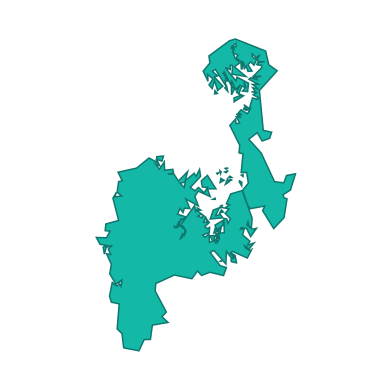 Colón, Colón, Panama, rotated 154°
{"feature_id": "35544464B72276923440034", "entity_name": "Colón", "entity_type": "district", "adm_level": 2, "iso_a3": "PAN", "parent_name": "Panama", "parent_adm1": "Colón", "projection": "mercator", "projection_center": [-79.891, 9.223], "detail": "fine", "context": "isolated", "style": "filled", "palette": "teal", "viewbox_px": 384, "rotation_deg": 154, "n_neighbors": 0, "source": "geoboundaries", "source_scale": "gbopen_adm2", "svg_char_len": 6094}
<svg xmlns="http://www.w3.org/2000/svg" viewBox="0 0 384 384"><g transform="rotate(154 192 192)"><path d="M200.3,103.1L194.2,109.0L199.0,113.5L202.2,129.8L197.9,129.8L193.1,112.4L187.1,123.6L185.5,115.1L182.9,115.1L184.5,120.3L181.6,120.8L171.2,108.4L163.7,114.1L165.5,113.9L168.4,117.8L168.3,120.4L165.7,115.7L158.6,119.0L165.3,119.8L161.5,122.4L165.3,131.3L161.1,136.1L164.9,137.2L163.2,138.4L158.9,135.1L158.9,126.2L149.9,131.1L154.0,132.1L157.2,138.0L154.8,140.6L155.8,136.1L154.2,133.9L149.4,142.2L146.3,171.3L158.0,173.3L166.3,166.3L163.9,164.1L169.6,163.2L166.2,160.6L171.6,158.2L169.1,151.1L173.6,148.1L172.5,152.5L174.9,154.2L180.8,141.3L184.9,142.7L181.8,146.7L185.3,145.8L187.6,138.3L191.3,135.6L190.7,137.5L193.2,136.1L193.6,138.0L188.3,139.2L188.1,141.0L192.3,138.4L193.7,138.8L190.6,142.8L195.1,144.7L194.8,139.0L198.4,139.0L195.2,146.9L200.1,145.5L201.3,148.5L194.1,148.2L191.7,152.5L194.6,152.5L195.6,155.3L189.8,157.0L191.0,162.4L191.7,158.0L194.9,159.8L190.6,163.1L192.6,167.2L194.0,164.1L197.5,167.7L193.0,168.1L195.8,173.0L192.1,171.9L194.3,175.5L194.7,174.4L197.3,173.1L195.5,178.7L215.6,167.8L210.3,171.0L213.6,171.8L215.7,171.2L217.8,170.2L218.2,168.8L217.0,167.2L217.9,169.0L217.6,169.9L216.8,170.6L214.4,171.4L217.7,169.3L214.9,164.6L214.5,159.6L217.9,156.4L218.3,156.3L218.5,156.6L218.8,158.3L220.6,155.5L222.8,155.1L218.9,158.5L217.9,156.5L214.7,161.1L218.4,168.6L218.4,167.8L220.1,166.5L223.2,167.4L222.9,168.9L221.4,167.0L217.4,170.7L213.1,172.1L214.8,172.7L210.1,171.3L208.4,172.3L214.7,178.4L210.0,182.5L209.1,177.5L205.9,180.8L201.1,178.0L200.6,188.5L192.4,176.7L191.4,186.8L186.0,190.0L177.6,179.8L176.8,188.1L169.1,184.3L170.8,200.2L178.8,197.9L180.5,191.9L176.0,189.3L181.4,186.0L184.2,193.3L188.7,191.7L191.6,196.8L177.4,202.3L175.3,209.0L181.5,204.2L181.8,207.9L192.7,205.2L197.0,199.4L199.0,205.2L194.2,203.9L186.9,212.3L199.4,207.8L200.4,216.0L206.0,218.8L200.3,217.0L199.3,220.8L207.1,223.6L203.7,231.2L211.3,226.7L212.4,233.2L209.5,229.7L209.6,237.7L210.6,234.2L215.7,241.4L231.4,237.8L249.8,242.2L249.8,232.6L253.4,233.5L259.4,224.6L256.9,219.3L263.5,221.4L259.9,225.0L265.8,221.1L270.4,198.6L283.5,201.0L287.0,195.3L282.9,192.7L288.9,188.3L297.9,193.1L297.6,185.3L291.9,181.2L296.0,181.4L298.0,174.6L293.5,179.7L286.9,179.1L292.3,177.3L292.4,171.5L295.9,173.9L296.2,162.4L301.8,154.5L300.8,142.5L296.7,143.3L298.4,141.8L295.6,143.1L293.8,143.6L293.4,143.6L297.2,138.2L297.2,140.5L301.2,140.8L303.3,145.7L311.8,134.6L312.8,128.3L306.5,123.4L319.3,101.7L317.0,95.5L321.7,81.9L309.3,72.5L299.7,80.3L294.0,77.7L286.0,89.7L270.7,85.3L273.7,93.1L267.7,95.3L268.5,119.3L264.6,125.6L244.2,125.1L230.1,114.1L221.7,118.6L220.0,112.8L211.1,112.0L200.3,103.1ZM64.0,286.4L86.0,310.5L92.0,311.5L117.1,306.9L119.4,300.1L129.0,295.7L129.1,284.5L126.3,290.9L123.6,284.5L129.8,280.8L128.5,276.1L122.9,282.3L124.5,272.0L117.9,273.6L121.5,285.7L118.0,285.1L120.8,291.4L117.3,292.0L115.0,272.2L113.3,277.5L110.6,275.7L112.2,279.2L110.4,280.0L111.5,281.5L112.1,285.1L110.4,286.1L110.1,268.4L108.8,267.7L109.6,269.4L108.8,273.2L107.6,274.4L107.9,264.8L101.4,267.2L108.3,262.4L106.0,257.4L112.9,258.2L114.6,254.6L103.5,255.9L106.9,259.8L100.7,265.3L98.6,262.8L97.0,268.3L97.7,262.5L102.3,260.6L98.0,257.8L93.5,265.0L101.2,275.6L103.8,272.5L107.5,289.3L104.0,285.3L102.1,289.2L100.1,288.0L104.4,280.4L92.8,272.1L99.0,285.9L92.2,287.2L94.6,292.7L94.0,300.6L91.8,301.8L93.5,303.8L92.7,305.3L87.4,306.3L88.6,303.3L92.5,305.3L93.3,303.8L91.0,303.6L91.7,301.7L93.7,300.6L93.9,299.1L90.8,294.8L93.8,292.9L89.8,287.0L91.2,287.0L93.7,281.0L92.3,280.6L90.0,285.5L88.9,285.6L90.3,280.2L88.1,281.5L88.8,275.8L85.0,274.4L85.9,281.8L82.2,283.3L80.7,278.8L75.8,282.7L78.1,286.1L78.4,287.9L77.3,289.8L75.3,284.5L70.8,285.6L75.3,282.6L75.0,280.0L69.6,277.2L76.2,279.7L77.8,278.3L76.9,278.1L76.3,279.2L76.0,279.3L75.9,279.3L77.1,277.2L73.9,275.4L75.0,273.1L86.0,269.2L78.8,265.5L87.6,268.3L84.3,266.9L84.2,264.4L89.2,268.9L91.4,268.4L85.2,259.8L90.5,262.2L87.2,255.4L91.8,259.1L91.0,254.0L94.7,256.0L90.4,252.9L94.4,252.6L91.1,247.9L92.1,246.5L96.4,250.0L103.9,241.8L107.1,247.7L106.4,242.6L108.3,244.7L109.2,243.9L107.5,241.6L103.1,241.1L108.0,238.0L111.8,244.4L115.7,242.7L113.1,239.3L118.1,242.6L115.3,237.4L119.2,240.3L118.9,233.1L122.5,234.0L120.9,238.5L128.8,235.3L128.6,213.1L132.6,206.6L129.4,204.0L139.3,187.9L134.3,185.6L137.5,175.2L145.9,171.3L147.7,156.3L147.1,151.5L132.8,147.5L136.7,144.3L134.6,123.3L120.5,128.6L109.6,144.2L111.7,146.4L111.5,149.6L102.7,150.6L91.0,163.0L99.8,165.4L105.4,160.0L113.3,165.1L112.7,196.6L117.8,214.5L107.4,216.7L106.6,207.1L98.7,206.2L94.2,210.8L100.9,216.2L86.9,253.7L62.3,263.6L67.2,272.7L64.0,286.4ZM187.5,159.7L175.6,155.3L176.6,160.6L174.1,162.8L178.1,159.5L181.2,160.4L174.2,165.9L180.9,166.4L187.5,159.7ZM186.2,147.2L178.7,148.5L176.4,152.9L185.9,152.1L186.2,147.2ZM205.5,232.9L201.9,236.8L208.2,239.2L209.2,236.6L205.5,232.9ZM183.1,108.8L181.5,114.5L186.5,114.3L187.2,112.2L183.1,108.8ZM113.9,262.0L108.0,266.4L110.7,268.8L113.9,262.0ZM158.6,184.3L153.7,184.9L154.5,188.0L158.6,184.3ZM162.6,188.2L158.0,188.4L160.1,191.6L162.6,188.2ZM190.4,145.4L186.6,145.5L187.4,148.9L190.4,145.4ZM152.8,194.4L150.1,195.4L153.8,195.7L152.8,194.4ZM153.0,188.9L149.9,187.7L150.9,189.6L153.0,188.9ZM116.9,271.2L115.7,266.9L114.5,271.9L116.9,271.2ZM144.6,175.8L142.9,179.0L144.4,181.2L145.1,180.5L144.6,175.8ZM128.7,270.3L126.0,269.4L126.9,273.1L128.7,270.3ZM173.2,165.3L171.2,164.6L172.8,166.6L173.2,165.3ZM176.4,176.3L174.3,175.2L174.0,176.4L176.4,176.3ZM188.9,143.9L189.6,141.8L187.0,143.5L188.9,143.9ZM140.3,185.5L139.4,183.6L138.5,185.3L140.3,185.5ZM153.1,186.1L150.6,185.0L152.1,186.6L153.1,186.1ZM151.4,197.6L148.9,197.8L151.8,198.7L151.4,197.6ZM174.7,160.8L172.5,160.3L173.4,162.8L174.7,160.8ZM157.5,198.8L158.3,196.0L157.0,197.2L157.5,198.8ZM172.0,166.6L169.9,166.5L171.7,167.0L172.0,166.6ZM182.1,117.9L181.7,115.4L181.1,115.9L182.1,117.9ZM161.3,196.9L159.6,197.7L161.5,198.0L161.3,196.9ZM182.6,118.7L183.4,119.4L182.8,118.3L182.6,118.7ZM196.2,117.5L197.0,117.4L196.2,116.9L196.2,117.5Z" fill="#14b8a6" stroke="#0f766e" stroke-width="1.5"/></g></svg>